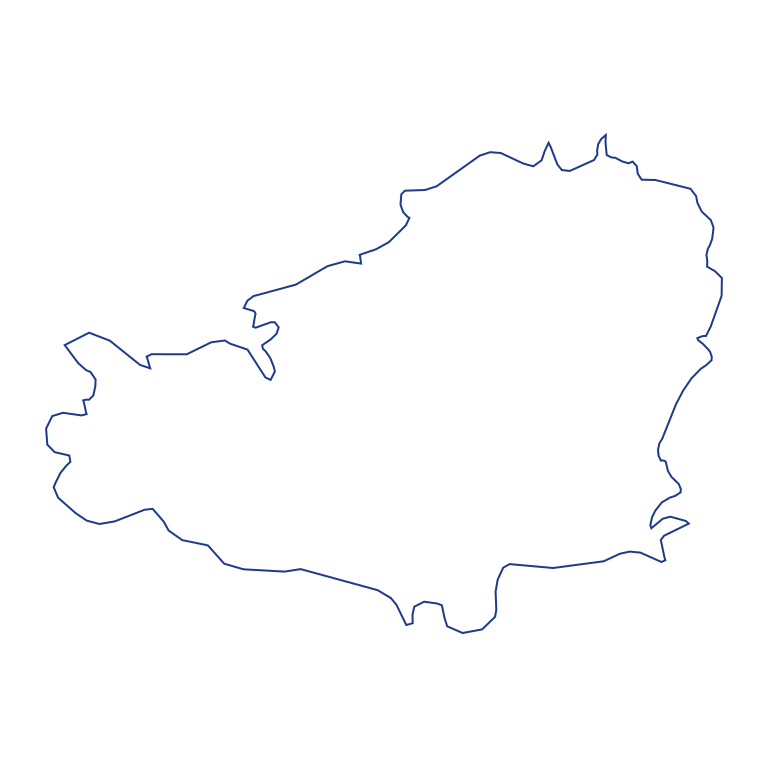 SVG path tracing the border of Tavastia Proper
{"feature_id": "FIN-3185", "entity_name": "Tavastia Proper", "entity_type": "Region", "adm_level": 1, "iso_a3": "FIN", "parent_name": "Finland", "parent_adm1": "", "projection": "mercator", "projection_center": [24.379, 60.938], "detail": "fine", "context": "isolated", "style": "outline", "palette": "blue", "viewbox_px": 768, "rotation_deg": 0, "n_neighbors": 0, "source": "natural_earth", "source_scale": "10m", "svg_char_len": 2593}
<svg xmlns="http://www.w3.org/2000/svg" viewBox="0 0 768 768"><path d="M569.9,170.9L594.1,160.0L597.4,154.4L597.1,150.5L598.2,144.1L601.2,139.0L605.8,135.0L605.5,142.3L606.7,155.0L611.3,157.4L615.6,157.9L622.1,161.4L628.5,163.3L632.6,161.6L636.7,166.1L637.8,173.9L641.7,179.7L655.4,180.0L690.5,188.8L696.1,196.1L697.4,202.8L701.7,211.5L710.8,220.1L713.5,227.4L713.1,231.8L712.1,239.0L709.9,245.2L707.9,248.7L706.4,255.0L707.0,258.6L707.3,261.7L707.1,266.7L715.0,271.2L721.9,278.1L721.6,295.9L710.7,326.6L705.9,336.1L704.1,335.9L701.3,336.5L697.3,338.2L698.3,340.3L702.7,343.7L708.1,349.3L710.1,351.9L711.8,356.7L711.5,360.3L706.1,365.2L700.8,368.8L691.5,378.3L683.2,390.5L676.0,404.2L662.2,438.8L659.3,443.6L658.0,450.0L658.6,455.8L660.9,460.6L661.8,460.4L663.8,460.6L665.7,461.6L668.0,471.1L671.6,477.1L678.7,483.9L680.8,488.9L680.6,492.4L675.2,495.9L669.9,497.6L661.8,502.4L655.3,510.7L652.1,517.1L650.3,525.3L651.4,528.2L662.8,518.7L670.4,516.7L685.9,521.0L688.8,523.6L664.1,535.7L660.8,539.9L664.4,557.1L665.3,560.2L661.5,562.0L640.3,552.6L629.8,551.6L620.0,553.7L603.6,561.3L553.1,568.0L509.6,564.1L503.2,567.7L497.7,579.5L495.6,591.6L496.3,609.6L495.1,616.8L482.1,629.4L462.6,633.0L447.2,626.3L444.4,617.5L441.9,605.3L437.1,603.5L424.1,601.7L414.3,606.7L412.5,614.6L412.7,623.2L406.3,625.0L396.4,604.7L390.9,598.1L377.7,590.2L300.6,569.1L284.6,571.6L243.5,569.3L224.2,563.7L207.9,545.4L182.2,540.1L168.6,530.5L163.8,521.7L152.6,508.8L144.4,509.8L114.7,521.4L99.4,524.0L86.7,520.6L75.6,513.1L58.1,497.7L53.7,487.3L55.8,482.2L60.6,472.7L66.5,465.5L70.4,461.8L69.3,455.5L54.7,452.2L47.3,444.6L46.1,428.6L52.2,416.1L63.0,412.8L81.5,415.4L86.6,414.1L86.0,412.0L83.9,402.6L83.2,400.4L85.7,399.7L89.0,399.7L93.3,395.5L95.3,386.4L95.6,379.6L90.6,372.1L85.9,370.0L78.1,363.0L64.7,345.1L89.1,332.7L109.9,340.7L140.0,364.9L150.2,368.3L147.3,358.4L146.6,356.6L151.6,354.2L186.7,354.3L211.2,342.3L224.9,340.5L229.9,343.6L247.5,349.6L265.4,377.4L270.6,379.9L274.9,371.5L273.6,366.4L270.2,357.9L265.6,351.3L262.9,348.7L262.1,345.3L270.7,339.4L276.5,333.8L278.7,327.4L274.9,322.3L271.0,322.2L255.6,327.7L253.0,326.7L253.6,324.4L255.0,316.0L255.6,313.7L254.2,311.2L243.8,308.0L247.4,300.7L253.5,296.1L295.9,284.6L327.4,266.2L344.9,261.3L361.1,263.6L360.1,256.4L359.7,254.8L375.9,249.3L388.8,242.2L405.8,225.4L409.4,217.9L407.5,216.8L403.2,212.2L400.5,204.7L401.3,194.3L404.9,190.7L425.1,190.0L436.6,186.3L479.8,155.6L490.2,152.2L500.8,153.0L523.2,163.5L533.3,166.3L541.6,160.3L544.8,150.8L548.6,142.8L550.6,146.8L557.4,164.5L561.9,170.1L569.9,170.9Z" fill="none" stroke="#1e3a8a" stroke-width="2"/></svg>